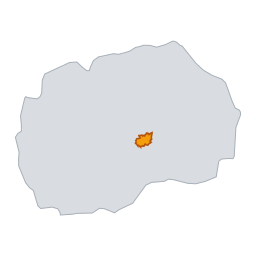 location of Rosoman, Rosoman, North Macedonia
{"feature_id": "65306769B19811324233496", "entity_name": "Rosoman", "entity_type": "district", "adm_level": 2, "iso_a3": "MKD", "parent_name": "North Macedonia", "parent_adm1": "Rosoman", "projection": "equal_earth", "projection_center": [21.91, 41.5], "detail": "fine", "context": "in_parent", "style": "filled", "palette": "amber", "viewbox_px": 256, "rotation_deg": 0, "n_neighbors": 0, "source": "geoboundaries", "source_scale": "gbopen_adm2", "svg_char_len": 2089}
<svg xmlns="http://www.w3.org/2000/svg" viewBox="0 0 256 256"><path d="M113.7,53.7L118.6,54.3L129.2,51.4L135.8,47.3L139.2,46.7L143.7,45.2L150.1,45.4L156.6,47.2L164.9,44.8L173.1,41.0L176.4,42.0L179.9,45.2L182.2,46.1L195.8,63.2L203.3,70.1L212.0,75.3L222.0,79.2L225.6,82.9L232.1,101.1L235.2,108.0L239.4,110.1L240.4,112.1L240.6,114.7L235.9,127.5L234.2,156.3L233.0,158.6L228.0,158.5L221.3,159.1L218.8,161.3L216.2,176.9L205.5,181.3L195.8,183.8L187.6,183.3L173.1,179.6L168.4,179.2L164.4,181.3L151.5,182.4L145.9,185.1L132.6,203.3L119.2,209.6L114.6,212.8L104.3,208.7L99.4,208.3L92.3,213.0L76.7,213.4L72.5,214.2L60.4,215.0L60.0,212.5L57.8,208.8L52.2,207.1L40.7,208.5L37.9,205.9L33.3,190.4L29.7,187.9L25.6,182.7L18.7,166.0L18.6,158.6L19.1,152.3L15.4,137.3L17.8,133.5L21.4,131.1L21.4,125.1L20.5,115.9L24.8,97.9L26.0,96.6L27.1,97.5L37.3,98.9L40.0,96.7L41.7,93.1L42.3,80.0L44.8,74.0L69.6,62.5L76.8,62.0L82.4,67.3L86.8,70.7L89.4,70.6L90.4,67.2L93.4,60.6L98.5,56.9L113.5,53.7L113.7,53.7Z" fill="#d9dde1" stroke="#a8b0b8" stroke-width="1"/><path d="M135.7,140.6L136.1,141.3L136.0,142.5L135.4,143.1L135.5,143.5L135.8,143.7L136.2,143.6L136.8,144.3L137.0,145.0L137.7,145.5L137.9,145.9L138.0,145.4L138.5,145.3L140.3,147.0L140.2,146.6L140.5,146.4L141.0,146.2L141.8,146.5L142.8,145.7L143.6,146.3L144.1,146.2L144.2,145.5L144.8,145.0L144.7,144.6L145.2,144.0L146.2,144.9L147.9,145.2L148.9,143.8L149.7,143.4L150.2,142.7L150.5,142.8L150.6,142.2L150.9,142.2L150.0,141.2L150.7,141.1L150.9,140.7L150.7,139.9L151.3,139.6L150.9,139.3L151.6,138.8L151.3,136.9L151.5,136.7L151.4,135.9L151.9,134.9L151.7,134.0L152.1,133.6L152.1,132.5L150.4,133.4L149.9,134.2L149.3,134.5L149.3,133.9L148.5,134.1L148.0,133.9L148.1,133.7L147.8,133.7L147.8,133.3L147.3,133.4L146.9,132.9L146.5,133.0L146.3,133.9L145.1,134.6L145.1,135.4L144.7,136.0L144.3,135.7L143.5,135.8L143.6,135.6L143.3,135.4L142.8,135.8L142.8,135.3L142.2,135.4L141.9,135.1L141.7,135.4L138.8,135.5L138.9,136.0L139.4,136.2L139.9,137.3L139.6,137.7L140.0,138.1L138.0,138.7L137.2,138.5L136.6,138.9L136.2,140.1L135.7,140.6Z" fill="#f59e0b" stroke="#b45309" stroke-width="1.5"/></svg>